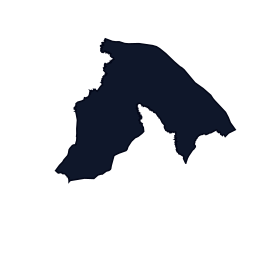 Mueang Nakhon Phanom, Nakhon Phanom, Thailand (orthographic projection), rotated 314°
{"feature_id": "78962969B91655555555249", "entity_name": "Mueang Nakhon Phanom", "entity_type": "district", "adm_level": 2, "iso_a3": "THA", "parent_name": "Thailand", "parent_adm1": "Nakhon Phanom", "projection": "orthographic", "projection_center": [104.642, 17.31], "detail": "fine", "context": "isolated", "style": "filled", "palette": "ink", "viewbox_px": 256, "rotation_deg": 314, "n_neighbors": 0, "source": "geoboundaries", "source_scale": "gbopen_adm2", "svg_char_len": 5905}
<svg xmlns="http://www.w3.org/2000/svg" viewBox="0 0 256 256"><g transform="rotate(314 128 128)"><path d="M48.4,122.9L49.5,122.8L50.6,123.2L61.7,131.5L68.0,138.5L73.4,139.0L76.2,140.6L77.0,141.5L81.9,142.3L84.2,143.7L85.9,144.0L86.7,143.8L89.3,142.0L98.2,137.1L100.0,137.5L103.7,138.9L110.4,142.2L111.9,142.1L114.6,140.8L120.8,139.6L125.9,139.8L128.9,141.0L133.7,141.7L136.4,141.7L139.0,138.6L139.8,135.8L140.9,135.4L140.9,134.6L140.0,133.3L140.6,133.1L140.4,132.8L140.7,132.5L140.6,132.0L141.3,131.7L141.7,131.1L141.4,130.7L142.0,130.6L142.1,130.2L143.3,130.8L143.2,130.4L143.6,129.9L143.7,130.3L143.9,130.2L144.7,130.8L145.5,130.1L145.8,129.2L144.9,128.6L145.7,128.2L145.0,127.8L145.7,127.6L145.8,127.1L145.3,127.0L145.3,126.4L145.7,126.7L145.9,126.1L146.4,126.1L145.9,125.6L146.5,125.8L146.9,125.2L146.7,124.8L146.1,124.7L146.5,124.4L146.2,123.8L146.7,123.4L147.3,123.3L147.0,122.9L147.5,122.1L148.0,121.8L148.4,122.0L148.9,121.5L148.6,121.3L148.1,121.6L147.9,121.1L148.2,120.8L147.7,120.8L147.7,120.6L148.2,120.5L148.5,120.1L149.0,120.1L148.9,119.7L149.9,118.8L150.2,119.1L150.4,118.6L151.2,118.6L151.2,118.2L151.6,118.5L152.7,118.2L153.6,118.8L154.5,120.4L154.5,121.1L154.2,121.9L154.4,121.8L154.5,122.2L154.2,122.4L154.8,123.8L154.5,123.7L154.3,124.0L155.2,124.3L155.7,125.7L156.2,125.8L156.2,126.5L156.6,126.8L156.3,127.5L157.0,127.9L156.8,128.4L157.2,128.5L156.7,129.3L157.0,129.4L156.7,129.9L157.0,130.2L156.3,131.3L157.1,132.1L156.9,132.2L156.9,132.9L157.6,133.3L157.5,133.7L157.7,134.6L157.3,135.5L158.3,137.8L157.4,141.2L157.5,142.8L157.0,143.3L157.4,144.3L155.7,149.0L155.6,151.6L155.8,151.8L155.1,152.7L155.1,153.2L154.3,153.2L153.6,154.0L152.6,156.9L153.1,157.8L153.0,158.4L153.4,158.8L153.2,159.1L153.5,159.2L153.6,159.7L153.9,159.7L153.9,160.4L154.3,160.3L154.1,161.0L154.5,161.3L154.3,161.5L154.6,161.5L154.3,161.9L155.0,162.5L156.1,162.1L156.4,163.1L156.8,163.3L156.6,163.6L157.3,163.9L157.6,164.7L158.2,164.7L158.3,165.3L157.5,166.2L157.0,166.2L156.8,167.2L156.7,166.8L156.0,167.4L155.2,167.1L155.0,167.8L154.4,167.9L154.6,168.1L154.3,168.4L154.3,168.8L153.6,168.9L154.0,169.5L153.6,169.4L153.5,170.3L153.1,170.4L153.1,170.0L152.9,170.4L152.4,170.0L152.6,170.6L151.6,171.4L151.8,171.9L151.3,171.6L151.1,171.9L150.5,171.8L150.4,172.6L150.7,173.1L150.4,173.2L150.3,172.9L150.1,173.3L150.0,172.9L149.9,173.3L149.5,173.2L149.6,173.6L149.0,173.7L149.0,174.6L148.4,174.8L148.5,175.4L148.0,175.6L148.2,176.0L147.7,176.1L147.1,177.7L146.8,177.6L146.4,178.5L146.0,178.0L145.7,178.5L146.0,178.9L145.3,179.4L145.4,179.9L145.1,180.2L145.4,181.2L144.8,182.5L145.6,184.1L145.9,186.0L146.2,186.3L146.1,187.7L145.5,188.6L144.6,189.2L142.6,194.4L143.5,193.6L147.5,191.7L150.1,190.9L156.9,189.7L158.6,189.9L161.2,189.5L161.8,188.9L162.2,186.7L163.8,186.2L164.5,185.2L165.9,185.2L167.8,184.4L168.8,184.6L169.5,184.0L169.8,184.2L172.5,184.2L172.5,184.5L173.9,185.0L175.3,186.1L176.2,186.1L177.5,187.8L177.4,188.6L179.3,189.5L180.7,189.8L182.2,190.9L188.1,192.8L188.2,193.8L187.5,194.8L187.8,195.5L187.7,196.3L189.0,197.0L187.9,199.2L188.3,200.0L188.2,201.1L189.4,201.0L190.0,201.6L189.4,203.8L194.2,203.8L201.3,206.3L202.8,198.0L205.2,192.7L207.0,187.2L207.8,171.3L208.1,168.6L209.0,164.7L208.5,154.8L207.0,144.7L208.8,127.8L208.6,124.7L208.1,122.8L207.7,115.5L207.7,103.5L207.0,95.6L206.2,92.0L204.3,88.4L196.3,77.3L188.9,70.0L186.4,66.9L183.9,61.8L181.5,59.4L179.4,56.6L176.4,49.7L174.6,50.3L174.7,50.7L175.1,51.0L174.3,51.7L172.6,51.1L171.5,51.5L171.8,50.4L171.5,50.2L171.4,50.9L170.9,50.9L171.0,52.5L170.5,52.9L170.0,51.7L169.2,52.0L169.2,51.5L168.2,51.1L167.9,51.4L168.2,51.8L167.7,52.5L168.2,52.8L168.1,53.5L167.4,53.0L167.1,53.6L166.6,52.9L166.7,53.3L166.2,53.4L165.7,54.7L165.1,54.4L164.7,55.0L165.5,55.2L164.4,56.5L165.1,57.7L165.6,57.7L165.7,58.2L165.7,57.6L166.1,57.5L166.6,57.5L166.7,58.0L167.4,58.0L167.6,58.4L167.0,58.7L167.7,59.4L167.4,59.7L167.8,59.7L168.0,60.2L167.6,60.2L167.6,60.9L169.1,61.3L169.1,61.8L168.4,62.4L169.1,62.6L169.0,63.0L169.4,63.6L169.2,63.9L169.4,64.2L168.9,64.5L168.4,64.4L167.8,65.3L167.6,66.0L167.8,66.8L167.7,67.4L168.4,68.6L167.8,69.2L167.8,69.6L167.5,69.7L167.5,70.1L166.4,69.6L165.3,69.8L165.1,69.3L164.4,69.6L164.5,69.2L163.8,69.4L163.6,69.8L163.5,69.5L163.2,70.1L162.8,69.8L162.2,69.9L162.1,69.5L161.8,69.7L160.9,68.7L160.3,69.1L159.4,68.7L159.4,68.4L158.6,67.9L158.7,67.4L158.2,67.5L158.1,66.8L156.9,67.4L156.6,68.3L156.8,69.1L156.0,68.7L155.9,69.2L154.9,69.5L154.8,68.9L154.2,68.7L153.7,70.0L152.6,70.5L152.4,74.2L152.2,73.9L151.6,74.3L151.4,74.1L151.5,74.4L151.2,74.5L151.2,74.9L150.7,74.4L150.4,75.3L150.0,75.1L149.7,75.3L148.6,74.4L147.7,74.9L147.5,74.6L147.0,75.2L146.6,74.9L146.8,75.1L146.4,75.4L145.8,75.2L145.7,75.9L144.2,75.9L143.8,76.5L144.0,76.7L143.7,76.7L143.6,77.5L143.3,77.7L142.6,77.3L142.8,77.9L142.3,77.8L142.4,78.5L141.7,78.8L141.6,79.4L141.2,79.4L141.1,79.8L139.2,79.4L133.0,80.4L132.7,77.9L132.9,77.7L132.2,77.4L132.5,77.2L132.4,76.8L132.1,76.5L132.0,76.8L130.5,77.0L129.5,76.3L129.5,75.6L128.9,75.6L128.6,74.9L128.5,75.4L127.9,75.4L127.8,76.3L127.3,76.4L126.9,76.0L126.0,76.7L126.1,77.0L125.7,76.9L125.7,77.2L122.8,77.8L121.3,77.2L120.9,77.5L120.5,77.2L120.5,76.9L119.6,76.4L119.8,76.0L119.6,75.7L117.5,76.9L115.0,75.9L111.8,74.0L109.5,73.7L108.9,74.6L108.5,74.5L108.0,74.9L107.5,75.9L106.8,75.2L106.1,75.6L105.2,75.3L104.7,75.8L105.0,75.9L104.6,76.4L105.2,76.8L105.2,77.3L104.9,77.2L105.1,77.7L103.9,78.6L103.4,78.4L103.6,78.9L102.3,81.0L98.6,86.1L91.9,91.7L88.4,95.2L86.1,97.0L85.9,97.7L83.4,99.8L80.5,101.3L80.1,102.1L79.5,102.0L78.2,100.8L76.8,100.2L73.1,100.4L71.4,100.8L68.7,102.7L66.4,103.8L60.6,104.1L58.2,104.7L53.6,104.7L47.0,105.6L47.2,106.8L47.0,107.2L47.4,107.8L47.1,108.6L47.6,109.1L47.5,109.4L49.2,110.4L49.6,111.4L50.0,111.3L49.9,112.9L51.0,113.8L51.5,115.5L51.1,116.3L51.3,117.8L50.8,118.2L51.2,119.4L50.7,120.1L50.9,120.2L50.4,120.4L50.0,121.3L48.4,122.9Z" fill="#0f172a" stroke="#020617" stroke-width="1.5"/></g></svg>